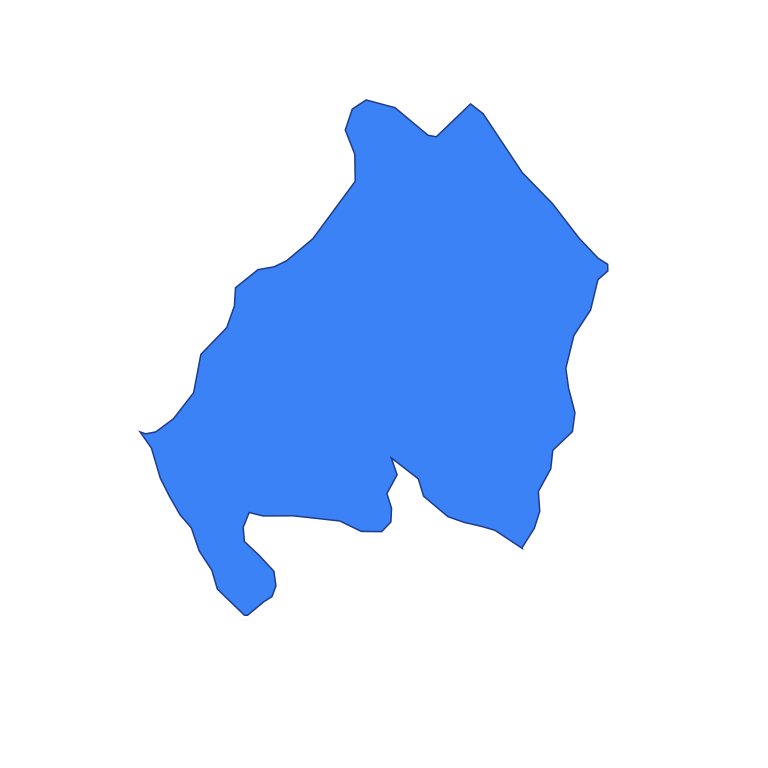 outline of Hällefors, Orebro, Sweden, rotated 44°
{"feature_id": "70781695B86731793095106", "entity_name": "Hällefors", "entity_type": "district", "adm_level": 2, "iso_a3": "SWE", "parent_name": "Sweden", "parent_adm1": "Orebro", "projection": "natural_earth1", "projection_center": [14.675, 59.769], "detail": "fine", "context": "isolated", "style": "filled", "palette": "blue", "viewbox_px": 768, "rotation_deg": 44, "n_neighbors": 0, "source": "geoboundaries", "source_scale": "gbopen_adm2", "svg_char_len": 1142}
<svg xmlns="http://www.w3.org/2000/svg" viewBox="0 0 768 768"><g transform="rotate(44 384 384)"><path d="M251.7,122.4L249.9,169.9L242.8,174.5L200.0,177.6L173.8,192.1L170.2,208.3L179.7,228.2L203.4,239.0L222.5,258.2L231.9,329.0L228.3,363.0L223.5,376.1L213.9,389.3L210.3,417.9L222.2,431.8L231.7,452.7L231.7,489.9L253.1,522.5L256.2,550.9L256.7,555.2L253.1,577.0L247.1,585.5L241.8,587.9L261.3,591.7L288.6,607.2L307.9,613.9L328.3,619.8L345.3,621.3L366.9,632.4L389.6,637.6L406.6,647.3L444.3,647.3L446.5,645.1L448.8,624.1L451.1,614.7L446.5,604.3L434.9,595.2L413.0,594.0L393.0,594.3L382.3,584.9L376.3,570.1L388.8,562.8L410.0,542.1L428.2,528.0L447.4,513.2L470.1,505.8L484.9,491.8L484.8,478.5L475.8,468.2L462.2,460.8L456.5,440.2L440.6,432.1L474.6,428.4L490.5,437.2L522.2,435.0L538.1,427.7L552.8,418.8L565.3,412.2L597.8,406.2L597.0,405.6L592.4,383.5L586.5,371.5L584.5,367.4L569.7,354.1L562.9,329.2L551.5,314.5L552.6,287.4L541.3,272.0L519.8,258.9L503.9,246.4L486.9,217.2L481.2,187.3L465.4,160.3L466.5,147.2L461.7,142.5L450.8,144.8L423.3,143.6L379.9,137.2L336.6,135.9L267.6,120.7L251.7,122.4Z" fill="#3b82f6" stroke="#1e3a8a" stroke-width="1.5"/></g></svg>